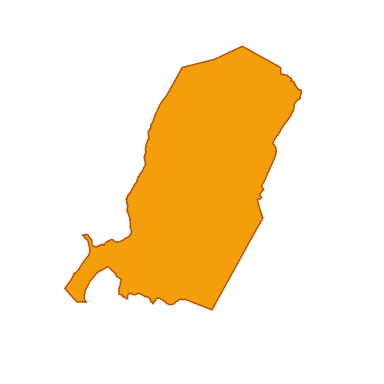 Turkana North, Rift Valley, Kenya, rotated 29°
{"feature_id": "3690345B58335120983870", "entity_name": "Turkana North", "entity_type": "district", "adm_level": 2, "iso_a3": "KEN", "parent_name": "Kenya", "parent_adm1": "Rift Valley", "projection": "robinson", "projection_center": [35.285, 4.376], "detail": "fine", "context": "isolated", "style": "filled", "palette": "amber", "viewbox_px": 384, "rotation_deg": 29, "n_neighbors": 0, "source": "geoboundaries", "source_scale": "gbopen_adm2", "svg_char_len": 6028}
<svg xmlns="http://www.w3.org/2000/svg" viewBox="0 0 384 384"><g transform="rotate(29 192 192)"><path d="M187.4,316.6L186.6,315.0L186.0,314.5L185.8,312.6L186.7,311.4L186.9,310.6L187.5,310.0L188.2,310.0L189.3,310.5L189.6,310.5L190.3,310.0L191.2,310.0L192.1,309.4L192.3,308.9L192.9,308.3L193.6,306.9L195.5,306.2L197.4,306.2L199.2,305.9L201.3,306.4L201.2,306.0L201.5,305.8L202.0,305.8L202.5,305.4L203.5,305.5L204.3,305.2L204.7,305.6L205.8,305.4L206.4,306.0L206.8,306.0L207.5,305.7L207.9,305.8L208.5,307.5L208.9,308.0L209.3,308.1L210.0,307.7L210.6,307.6L211.4,308.1L211.9,308.7L212.1,308.6L212.2,306.0L212.7,305.1L212.4,302.0L215.1,300.7L218.1,300.7L220.4,300.9L223.8,301.7L226.0,301.6L227.8,300.9L229.2,299.9L230.2,298.8L231.0,296.9L231.1,295.7L231.5,295.0L232.1,294.4L232.2,294.1L232.6,293.9L233.0,292.1L233.8,291.4L235.6,291.0L236.2,290.3L236.9,290.2L238.1,289.2L266.6,285.4L266.4,206.2L266.6,180.4L259.8,174.2L252.7,166.9L255.4,164.4L255.3,162.7L252.6,162.0L252.3,161.5L252.3,160.4L253.3,155.7L253.6,155.1L250.0,153.2L249.9,152.9L249.9,145.3L249.1,138.9L248.4,128.5L247.6,122.1L246.6,117.1L245.3,114.5L243.7,112.4L242.0,111.3L239.7,110.6L238.8,109.8L239.0,102.4L239.6,98.3L239.6,93.7L239.8,91.0L239.8,89.2L240.0,87.2L240.8,83.0L241.0,81.0L241.1,79.3L241.3,78.3L241.4,77.2L240.9,74.6L241.3,73.1L241.3,72.3L240.8,70.9L240.6,69.3L239.4,67.0L238.8,64.8L239.7,60.1L240.9,58.5L241.1,57.4L240.1,55.7L240.0,53.3L239.8,52.9L239.1,52.1L239.0,50.9L238.8,50.5L238.3,50.2L237.6,50.1L236.2,50.9L234.8,50.4L234.2,50.5L233.5,49.8L232.6,49.8L232.1,49.5L231.5,48.8L230.9,48.3L229.5,48.2L229.3,48.0L229.3,47.2L228.2,46.5L226.7,46.1L225.9,46.5L225.5,46.4L224.6,46.7L224.4,46.3L224.7,45.8L224.7,45.4L224.3,44.8L223.6,44.5L222.8,44.5L222.1,44.6L221.1,44.3L220.3,44.3L219.2,43.9L218.8,43.9L217.9,44.2L217.3,44.0L215.8,44.8L214.1,44.9L213.3,45.8L212.9,46.0L212.6,45.9L212.3,45.7L211.3,43.6L210.3,42.4L209.8,41.0L209.2,40.2L165.3,40.2L147.2,65.2L123.1,87.8L123.1,119.8L122.7,121.8L122.8,123.3L121.8,125.7L122.1,128.0L121.7,129.7L121.7,131.8L121.8,133.9L122.3,138.3L122.2,141.2L122.5,143.2L123.3,146.0L123.1,147.4L123.8,148.5L123.7,150.0L123.8,151.6L123.4,153.3L123.9,154.6L124.9,155.2L125.0,155.6L124.9,156.1L125.2,156.6L125.2,157.3L124.6,157.3L124.6,158.8L124.4,159.8L124.4,160.5L126.0,162.8L126.2,163.4L126.6,163.7L126.8,164.0L127.3,164.1L127.5,164.5L127.9,164.7L127.8,165.2L128.1,165.6L128.3,166.9L128.0,168.1L128.3,169.6L128.8,170.5L128.8,172.1L129.2,173.7L129.7,174.3L129.9,175.4L130.5,176.4L130.4,176.8L130.6,177.4L131.0,177.5L131.0,177.9L131.4,178.1L131.9,178.9L132.2,178.9L132.8,180.5L132.6,181.9L132.7,182.6L133.0,182.6L133.0,183.1L133.4,183.5L133.1,184.1L133.3,184.3L133.3,184.7L133.7,184.9L133.6,185.2L134.0,185.5L134.8,186.6L135.3,187.0L135.9,187.9L136.2,187.8L136.5,188.1L137.2,189.6L137.6,189.5L138.2,191.4L138.2,192.1L138.1,192.4L138.0,194.0L138.2,194.6L138.2,196.0L138.4,196.4L138.4,197.4L138.2,198.1L138.3,198.5L138.2,199.8L137.8,200.3L137.8,201.3L138.0,202.3L137.8,202.9L138.1,203.9L137.6,204.9L137.9,205.0L137.7,205.6L138.1,207.2L138.0,208.0L138.2,208.4L138.6,208.8L138.9,210.3L138.6,211.5L138.3,211.7L138.1,212.5L138.3,213.1L138.2,213.3L138.1,213.9L138.0,214.3L138.2,214.5L138.7,215.7L138.1,217.1L138.5,217.9L138.2,219.1L138.4,219.6L138.2,219.9L138.1,222.1L138.4,222.2L138.0,223.4L137.9,224.0L138.1,224.3L137.9,224.8L138.1,224.9L138.2,225.2L138.0,225.7L137.5,225.8L137.4,226.1L137.7,226.5L137.7,227.1L138.1,227.3L137.9,227.8L138.0,228.2L137.8,228.5L137.9,228.8L137.8,229.1L138.1,229.2L138.1,229.5L138.4,229.1L138.6,229.2L138.6,229.8L138.3,229.9L138.3,230.1L138.7,230.3L138.7,230.7L138.9,230.9L139.0,231.3L139.4,232.3L139.9,232.3L140.4,232.6L140.3,233.1L141.0,234.0L141.3,234.0L141.8,234.1L142.3,235.2L142.8,235.4L142.8,236.2L143.0,237.4L143.6,238.1L143.7,238.8L144.3,240.1L144.7,240.5L145.2,240.6L145.4,240.8L145.9,240.7L146.1,241.1L146.1,241.4L146.3,241.6L147.0,241.8L147.4,242.6L149.4,244.2L149.9,244.9L150.3,245.0L150.9,245.5L151.4,245.5L151.2,246.1L151.6,247.1L151.9,247.6L152.6,248.2L153.0,249.1L153.6,249.6L153.8,250.4L154.1,250.7L154.5,250.9L154.5,251.6L155.3,253.2L158.0,255.6L158.5,256.6L158.7,257.8L158.6,258.5L158.9,259.2L158.7,260.3L158.0,262.5L156.7,263.9L155.7,265.5L155.4,266.5L154.2,268.9L152.1,271.1L151.3,271.8L149.7,272.4L148.6,272.7L147.9,272.7L145.9,272.1L144.7,272.5L144.3,272.9L142.8,275.3L141.6,276.5L141.4,278.8L140.7,279.9L140.9,280.8L140.8,281.2L140.3,281.3L139.6,281.1L139.3,281.5L138.6,281.5L137.7,282.3L137.5,282.7L137.6,283.2L137.5,283.5L137.0,284.1L136.2,284.3L136.0,284.5L135.9,284.7L135.9,285.9L135.2,286.4L134.8,286.3L134.3,286.8L133.2,286.7L132.2,287.2L131.7,287.2L129.9,286.1L128.9,284.8L128.0,283.2L127.3,282.5L126.2,282.0L125.5,282.1L123.9,280.9L123.0,280.8L122.0,280.1L121.5,280.0L120.3,280.2L118.2,281.9L117.4,282.9L118.8,283.0L120.3,284.2L121.1,284.2L122.1,284.6L123.6,284.6L125.1,285.5L126.5,287.5L127.6,288.1L128.0,289.0L128.8,289.5L129.4,290.5L129.9,290.9L130.3,292.1L131.3,292.9L131.7,294.6L132.1,296.0L132.1,297.2L132.3,297.8L131.9,299.3L130.8,307.4L130.3,316.0L130.1,317.1L129.5,318.8L128.3,320.8L128.6,321.5L128.9,326.8L128.3,332.6L127.5,337.6L127.5,338.0L130.8,339.3L132.5,339.6L134.1,340.7L135.5,340.7L136.7,341.2L144.0,343.8L144.8,343.6L146.1,343.5L146.8,342.7L147.5,342.5L147.8,341.9L148.6,341.3L148.9,341.1L149.8,341.2L150.5,340.8L151.4,340.7L151.9,340.1L152.8,339.5L151.3,338.8L150.4,338.0L149.3,337.1L148.1,335.2L147.8,334.3L147.5,332.8L146.6,331.3L146.3,328.2L146.3,323.1L146.0,320.6L146.2,318.4L146.6,317.3L146.6,316.5L147.1,314.9L147.4,312.1L147.9,309.9L148.4,308.1L150.2,304.9L151.0,304.1L152.3,302.2L153.1,300.7L153.5,299.3L154.6,297.9L158.4,298.9L159.2,299.4L163.3,300.0L164.5,300.6L167.0,302.3L168.1,302.5L170.6,302.5L171.7,302.8L172.5,302.8L172.9,303.7L173.1,305.8L173.8,306.9L174.3,308.2L174.9,312.1L176.8,315.4L177.4,316.1L177.8,316.8L178.9,316.4L179.8,316.4L181.2,316.0L181.6,316.2L182.0,317.1L182.3,317.2L182.5,317.1L182.6,316.6L182.9,316.5L183.8,316.6L184.1,316.8L185.4,316.8L186.2,317.2L187.4,316.6Z" fill="#f59e0b" stroke="#b45309" stroke-width="1.5"/></g></svg>